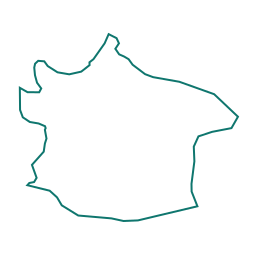 the border of Ekiti, rotated 272°
{"feature_id": "NGA-2854", "entity_name": "Ekiti", "entity_type": "State", "adm_level": 1, "iso_a3": "NGA", "parent_name": "Nigeria", "parent_adm1": "", "projection": "equal_earth", "projection_center": [5.414, 7.675], "detail": "fine", "context": "isolated", "style": "outline", "palette": "teal", "viewbox_px": 256, "rotation_deg": 272, "n_neighbors": 0, "source": "natural_earth", "source_scale": "10m", "svg_char_len": 857}
<svg xmlns="http://www.w3.org/2000/svg" viewBox="0 0 256 256"><g transform="rotate(272 128 128)"><path d="M164.4,18.5L160.3,26.3L160.6,38.0L164.5,39.9L170.1,35.5L177.5,33.2L185.1,32.2L189.0,32.9L192.0,35.9L191.7,42.0L187.1,45.6L181.2,55.6L179.6,67.4L182.7,79.3L189.5,87.4L192.3,87.2L195.6,91.1L211.8,101.7L221.1,105.4L217.4,113.4L212.3,116.0L206.7,112.6L201.3,116.6L199.3,121.6L196.8,126.2L191.4,130.4L182.4,143.2L179.7,151.3L176.0,177.7L164.8,212.9L143.1,237.5L131.5,231.4L127.1,212.2L122.1,198.7L111.7,194.4L97.0,195.5L74.4,193.4L66.7,193.8L52.2,200.1L36.0,141.2L34.9,126.8L37.1,114.6L38.8,81.3L48.4,64.5L56.2,59.5L62.6,51.9L67.3,29.4L69.6,31.3L70.7,36.0L75.0,38.4L87.8,33.3L101.4,44.6L109.6,45.5L114.6,46.9L123.3,45.0L125.0,45.7L126.9,45.0L129.4,38.5L130.6,29.6L135.0,22.5L142.3,19.5L164.4,18.5Z" fill="none" stroke="#0f766e" stroke-width="2"/></g></svg>